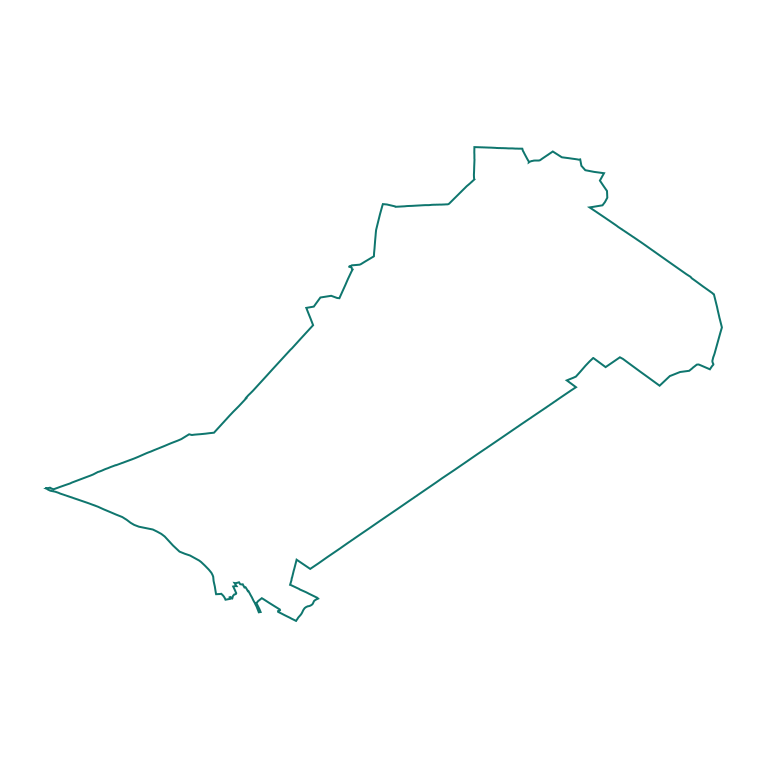 the district of Turku pag., Livanu, Latvia
{"feature_id": "27541924B57048436459337", "entity_name": "Turku pag.", "entity_type": "district", "adm_level": 2, "iso_a3": "LVA", "parent_name": "Latvia", "parent_adm1": "Livanu", "projection": "robinson", "projection_center": [26.216, 56.443], "detail": "fine", "context": "isolated", "style": "outline", "palette": "teal", "viewbox_px": 768, "rotation_deg": 0, "n_neighbors": 0, "source": "geoboundaries", "source_scale": "gbopen_adm2", "svg_char_len": 5906}
<svg xmlns="http://www.w3.org/2000/svg" viewBox="0 0 768 768"><path d="M659.6,385.7L669.9,376.0L670.8,375.7L680.1,372.0L689.2,370.8L692.4,368.2L693.3,367.3L693.9,366.9L694.7,366.3L695.8,365.4L696.5,364.9L696.9,364.6L698.7,364.5L701.1,365.5L709.9,369.3L711.9,366.3L713.3,364.7L713.4,364.2L713.2,363.9L712.6,362.4L712.4,361.6L712.4,360.7L713.2,357.5L713.2,357.3L713.3,357.2L714.5,353.8L720.3,332.9L721.8,327.8L721.9,327.4L719.6,318.3L719.5,318.1L719.2,316.6L717.7,310.1L717.1,307.2L713.9,294.3L713.2,294.0L712.9,293.6L712.5,293.2L703.2,286.6L695.3,280.8L691.8,278.3L690.4,276.7L690.0,276.5L686.4,274.2L667.6,261.0L641.1,242.3L627.6,233.2L618.0,226.8L616.6,225.7L603.3,216.6L589.6,207.4L593.5,206.8L602.5,205.3L605.0,202.0L607.3,197.7L607.0,191.0L603.8,186.4L599.9,180.6L604.0,173.2L594.2,171.9L585.3,170.2L581.4,165.8L580.2,159.4L578.7,159.7L577.4,159.4L574.7,159.0L572.4,158.7L569.0,158.2L562.0,157.3L561.7,157.2L552.8,151.5L542.0,158.8L540.5,159.9L540.0,160.2L539.6,160.4L539.2,160.4L538.8,160.5L538.1,160.5L537.1,160.5L535.6,160.5L533.8,160.6L532.7,160.9L531.8,161.0L530.0,161.6L528.8,162.4L528.9,161.7L527.5,159.4L526.0,156.6L524.5,153.8L523.5,151.8L522.9,150.8L522.3,148.7L515.5,148.6L512.2,148.4L508.8,148.4L505.0,148.2L496.6,148.0L495.9,147.9L492.1,147.7L489.7,147.6L489.2,147.6L483.9,147.4L474.4,147.1L474.3,152.6L474.4,154.8L474.4,158.7L474.5,159.3L474.2,166.8L474.1,170.6L473.9,174.9L474.0,177.4L474.1,178.5L474.2,179.2L474.4,179.4L469.1,184.2L466.7,186.2L453.3,199.5L451.6,201.2L449.6,203.2L448.7,204.0L447.8,204.3L441.4,204.6L439.9,204.6L432.0,204.8L430.3,205.0L429.1,205.1L426.0,205.1L423.9,205.2L418.6,205.5L411.6,205.9L408.2,206.0L406.6,206.1L404.7,206.3L399.2,206.6L395.4,206.8L395.1,206.4L387.0,204.5L382.9,204.1L382.4,205.6L381.8,207.7L381.0,210.6L380.0,214.2L377.4,224.7L376.1,230.0L375.8,232.9L375.6,235.4L375.1,240.9L374.9,243.5L374.5,248.7L374.1,252.7L373.9,256.3L365.0,261.6L360.8,264.2L359.8,264.6L359.5,264.7L353.6,265.2L351.9,265.3L351.4,265.7L351.0,265.9L350.6,265.9L350.0,266.1L349.6,266.2L349.3,266.5L349.2,266.7L349.3,266.9L349.6,266.9L350.5,267.0L351.3,267.3L351.7,267.7L351.7,268.1L351.8,268.7L351.9,269.1L352.1,269.3L352.3,269.4L352.6,269.5L351.4,271.7L347.9,279.1L345.4,284.9L340.6,295.5L339.4,298.2L337.2,298.0L331.2,295.8L320.4,297.5L316.1,303.4L313.8,306.6L306.3,307.9L308.5,313.5L310.6,318.7L313.1,325.2L300.5,338.9L291.9,348.4L290.4,349.8L272.5,369.3L266.9,375.5L252.9,390.8L249.7,394.0L248.7,394.9L246.4,397.4L245.9,398.0L246.3,398.2L238.8,406.2L233.3,411.7L231.6,413.5L229.6,415.6L224.5,421.2L217.0,429.4L214.0,432.7L209.2,433.2L205.3,433.7L202.2,434.0L200.1,434.2L196.2,434.5L194.1,434.7L191.9,435.0L189.1,434.3L181.3,439.1L177.8,440.6L171.3,443.1L168.4,444.3L164.9,445.8L154.7,449.9L150.7,451.6L149.0,452.2L146.7,453.1L138.3,456.8L134.2,458.5L115.8,465.3L115.5,465.2L113.5,466.0L112.4,466.4L111.0,466.9L108.8,467.8L107.6,468.3L106.4,468.7L104.6,469.4L101.7,470.7L99.3,471.6L97.9,472.0L93.1,474.5L90.4,475.6L86.1,477.2L80.0,479.5L71.8,482.6L70.2,483.4L65.2,485.1L60.1,486.9L59.0,487.3L58.5,487.5L53.5,489.3L52.7,488.9L51.7,488.7L51.0,488.4L50.6,487.9L49.9,487.7L49.7,487.8L49.3,487.9L49.1,487.9L48.7,488.0L47.8,488.1L47.2,488.1L46.6,488.0L46.4,488.0L46.5,488.3L46.4,488.4L46.1,488.5L46.6,488.7L47.0,488.9L48.0,489.6L49.1,490.1L50.3,490.7L52.8,491.2L55.2,491.7L58.5,492.8L60.0,493.5L80.0,500.3L87.6,502.9L97.9,506.7L103.6,509.3L110.3,512.1L115.9,514.5L122.2,517.0L126.8,519.9L130.6,522.8L134.2,524.9L138.9,526.7L152.8,529.5L156.9,531.5L161.3,533.9L164.7,536.5L173.0,545.5L179.5,551.6L184.9,553.8L190.0,555.5L199.1,560.5L201.1,562.0L204.8,565.5L208.8,569.6L211.4,572.8L212.5,574.9L213.2,576.7L213.6,581.0L214.1,583.3L214.8,586.4L215.9,593.3L216.1,594.2L220.1,594.0L220.6,593.9L221.3,593.8L221.6,594.1L223.0,595.5L223.9,596.6L224.9,598.3L225.5,599.7L226.6,599.5L230.3,598.8L229.6,597.3L230.3,597.0L232.3,598.3L232.5,597.8L232.7,596.6L233.1,595.8L233.7,595.1L234.0,594.8L234.2,594.5L235.4,594.2L235.7,594.1L235.9,593.7L236.0,593.7L236.2,593.4L236.1,593.1L236.1,592.8L236.1,592.7L235.9,592.4L235.7,592.1L235.3,591.0L234.1,588.4L233.2,586.5L235.1,586.1L236.5,586.1L234.5,583.0L235.9,583.2L236.0,583.1L237.7,582.7L239.0,582.3L240.2,584.2L242.0,584.5L242.7,584.3L244.5,587.5L245.5,587.2L246.5,588.7L247.9,591.2L248.4,591.0L248.5,591.2L248.8,591.7L249.0,592.2L249.4,592.8L250.6,595.1L251.0,595.8L251.7,597.0L252.2,598.0L253.1,599.9L253.5,600.7L253.8,601.2L254.1,601.8L254.6,602.5L255.3,604.1L256.6,606.6L258.0,610.2L258.8,612.3L260.6,612.0L259.5,609.3L257.5,605.3L256.3,602.9L256.9,602.7L257.9,601.3L258.3,601.0L259.0,600.4L261.8,598.2L263.5,599.2L269.2,602.9L280.0,609.6L280.5,610.0L280.7,609.9L277.3,611.5L277.5,611.5L277.9,611.7L278.2,611.9L279.6,612.6L282.0,613.8L283.7,614.7L286.7,616.2L290.0,617.8L291.4,618.6L295.3,620.5L295.5,620.7L296.1,620.9L296.7,619.9L297.4,619.0L297.9,618.1L298.4,617.4L300.7,614.8L301.5,613.7L302.0,612.8L302.4,612.0L302.8,611.1L303.4,609.9L304.3,608.6L304.9,607.9L305.5,607.5L306.2,607.0L307.1,606.6L307.7,606.3L308.6,606.2L309.7,605.9L310.8,605.4L312.0,604.6L312.4,604.2L312.8,603.7L313.0,603.3L313.4,602.4L314.0,601.1L314.6,600.5L315.8,599.7L317.0,599.1L318.1,598.6L317.6,598.1L317.3,597.8L308.5,593.5L308.0,593.2L305.8,592.1L300.8,589.9L299.6,589.4L299.4,589.1L295.6,587.3L290.5,584.9L290.1,584.8L291.4,580.4L291.5,580.2L291.5,579.8L291.8,578.0L292.0,577.8L293.8,570.4L294.2,569.1L295.8,562.9L296.6,559.7L310.2,568.9L318.4,563.4L327.2,557.2L338.8,549.3L347.8,543.0L360.9,534.0L368.7,528.7L380.4,520.6L397.0,509.3L410.2,500.2L436.2,482.4L442.0,478.3L454.7,469.8L477.2,454.3L490.5,445.3L501.8,437.6L521.5,424.1L546.8,407.0L559.9,398.0L570.8,390.6L576.0,387.2L570.9,383.4L566.8,380.4L569.7,379.2L573.0,377.9L575.9,376.6L578.7,373.5L580.4,371.6L585.5,365.7L589.6,361.4L593.2,358.0L593.3,358.0L605.6,367.1L611.9,362.8L619.9,357.3L622.9,358.9L627.9,362.6L640.7,372.0L648.2,377.4L659.6,385.7Z" fill="none" stroke="#0f766e" stroke-width="2"/></svg>